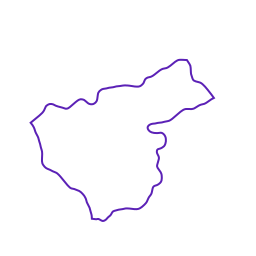 El Factor, María Trinidad Sánchez, Dominican Republic (Robinson projection), rotated 140°
{"feature_id": "3306468B48172399013768", "entity_name": "El Factor", "entity_type": "district", "adm_level": 2, "iso_a3": "DOM", "parent_name": "Dominican Republic", "parent_adm1": "María Trinidad Sánchez", "projection": "robinson", "projection_center": [-69.924, 19.288], "detail": "fine", "context": "isolated", "style": "outline", "palette": "violet", "viewbox_px": 256, "rotation_deg": 140, "n_neighbors": 0, "source": "geoboundaries", "source_scale": "gbopen_adm2", "svg_char_len": 3304}
<svg xmlns="http://www.w3.org/2000/svg" viewBox="0 0 256 256"><g transform="rotate(140 128 128)"><path d="M199.2,194.6L199.3,191.5L199.7,189.2L200.1,187.8L201.4,184.6L201.8,183.2L202.6,179.5L203.0,178.2L204.5,175.0L205.6,172.3L207.2,169.2L208.3,166.6L209.0,165.2L210.4,163.3L214.2,159.1L215.2,157.9L216.0,156.5L216.4,155.8L216.7,154.3L216.8,152.0L216.6,150.5L216.4,149.7L215.9,148.5L214.6,146.0L213.5,143.3L211.9,140.2L211.4,138.8L211.3,138.0L211.1,136.4L211.0,133.9L211.1,123.1L210.9,120.7L210.7,119.3L210.2,118.1L208.4,115.8L205.9,111.2L205.7,110.5L205.3,109.0L205.1,106.7L205.1,104.3L205.5,102.0L205.9,100.6L207.3,97.5L208.7,91.6L210.4,87.9L211.6,85.2L212.3,84.0L214.0,81.7L211.0,78.5L210.0,78.0L209.1,77.3L208.6,76.3L207.8,74.1L207.2,73.1L206.7,72.7L205.5,72.2L203.6,72.0L200.7,72.4L197.7,72.4L196.5,72.7L194.4,73.5L193.3,73.7L192.7,73.6L191.7,73.3L187.6,71.4L184.2,69.3L181.7,68.0L180.5,67.1L178.7,65.4L175.4,61.9L173.6,60.3L172.3,59.5L171.6,59.2L170.1,58.8L167.8,58.6L164.7,58.7L162.4,59.0L161.0,59.4L157.5,61.1L156.2,61.6L153.5,62.2L152.2,62.7L151.0,63.5L148.2,65.7L147.1,66.4L146.5,66.6L145.9,66.7L145.4,66.7L144.3,66.4L142.7,65.7L140.8,65.3L138.7,65.3L137.3,65.6L136.0,66.3L134.3,67.9L132.9,69.7L132.1,71.0L131.8,71.8L131.4,73.2L130.9,78.4L130.5,79.6L130.2,80.2L129.3,81.0L124.2,84.5L123.4,85.4L122.8,86.5L122.2,89.0L121.8,90.3L121.5,90.8L120.7,91.8L119.8,92.4L119.2,92.5L118.7,92.5L117.7,92.1L116.1,91.4L114.2,91.0L112.1,90.9L110.7,91.3L109.4,92.0L107.6,93.4L106.1,95.2L105.3,96.5L104.8,98.0L104.6,99.4L104.7,100.9L105.1,102.2L105.5,102.8L105.9,103.3L108.6,105.1L110.2,106.5L111.3,107.6L112.7,109.5L113.3,110.9L113.5,111.6L113.6,113.1L113.4,114.4L113.1,115.1L112.7,115.7L112.1,116.2L111.5,116.4L110.9,116.6L109.6,116.6L108.3,116.3L107.7,116.1L106.5,115.5L104.3,114.0L101.8,112.7L98.5,110.5L96.0,109.3L93.1,107.7L91.8,107.1L90.4,106.8L88.1,106.6L77.4,106.7L75.2,106.5L73.7,106.3L72.3,105.8L71.7,105.5L70.5,104.6L67.1,101.6L65.8,100.9L65.2,100.6L63.8,100.3L59.6,99.7L58.3,99.4L56.9,98.9L54.1,97.5L52.6,97.1L51.1,96.9L45.6,96.4L42.9,95.8L42.6,100.0L42.4,105.9L42.4,110.1L42.7,113.4L43.0,115.0L43.6,116.5L44.4,117.7L46.1,120.1L46.7,121.3L47.0,121.9L47.1,122.6L47.1,123.2L46.8,124.4L45.0,128.8L44.2,130.0L41.4,133.7L40.6,135.0L40.2,135.7L39.7,137.9L39.2,142.2L43.2,145.9L44.4,146.9L45.7,147.7L47.1,148.1L49.4,148.4L55.5,148.5L58.5,148.8L60.0,149.2L62.8,150.7L63.4,151.0L64.8,151.4L66.9,151.7L73.5,151.9L75.7,152.1L77.7,152.6L80.5,154.0L81.8,154.3L83.1,154.3L83.7,154.2L84.8,153.7L87.1,152.5L88.4,152.2L90.5,152.1L91.8,152.3L93.2,152.9L94.4,153.8L96.1,155.4L99.8,159.6L101.5,161.3L103.2,162.8L104.8,163.9L107.3,165.4L110.1,167.3L113.2,168.8L116.6,171.0L119.1,172.2L121.9,173.9L123.2,174.4L123.9,174.5L126.0,174.6L127.3,174.3L128.0,174.1L128.7,173.7L129.8,172.8L133.1,169.8L134.3,169.0L135.0,168.7L136.4,168.4L137.8,168.4L139.2,168.7L139.8,169.0L140.9,169.8L141.4,170.3L142.2,171.4L142.7,172.7L143.3,176.3L143.6,177.7L144.3,178.9L145.2,179.9L145.7,180.4L147.0,181.0L147.7,181.2L149.1,181.4L151.4,181.5L159.0,181.4L161.1,181.6L162.4,182.1L162.9,182.5L163.4,182.9L165.2,185.8L167.8,189.5L169.0,191.5L170.1,194.1L170.5,194.7L171.3,195.7L172.4,196.6L173.6,197.1L174.9,197.4L176.9,197.4L181.1,195.4L182.4,195.0L184.0,194.7L187.9,194.5L199.2,194.6Z" fill="none" stroke="#5b21b6" stroke-width="2"/></g></svg>